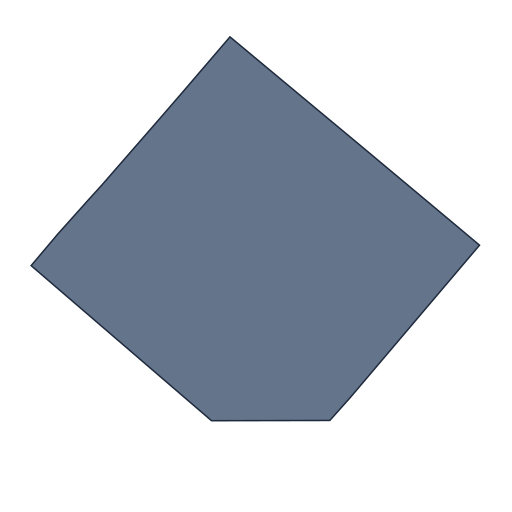 outline of Potter, Pennsylvania, United States of America, rotated 311°
{"feature_id": "52423323B68632918387185", "entity_name": "Potter", "entity_type": "district", "adm_level": 2, "iso_a3": "USA", "parent_name": "United States of America", "parent_adm1": "Pennsylvania", "projection": "robinson", "projection_center": [-77.898, 41.738], "detail": "fine", "context": "isolated", "style": "filled", "palette": "slate", "viewbox_px": 512, "rotation_deg": 311, "n_neighbors": 0, "source": "geoboundaries", "source_scale": "gbopen_adm2", "svg_char_len": 365}
<svg xmlns="http://www.w3.org/2000/svg" viewBox="0 0 512 512"><g transform="rotate(311 256 256)"><path d="M101.2,92.6L102.5,330.5L180.3,419.6L211.5,420.0L410.8,417.6L410.1,377.9L407.9,262.6L406.7,207.1L404.3,92.6L333.2,93.1L296.2,93.2L291.5,93.2L207.4,93.1L190.5,92.7L190.3,92.7L142.8,92.0L101.2,92.6Z" fill="#64748b" stroke="#1e293b" stroke-width="1.5"/></g></svg>